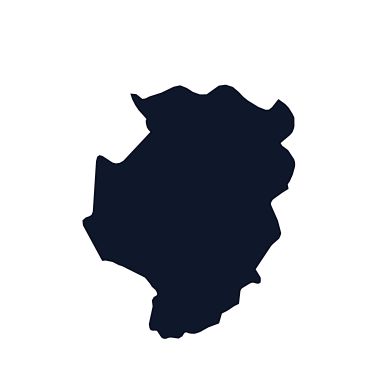 an SVG outline of Nord-Ouest, rotated 314°
{"feature_id": "CMR-1477", "entity_name": "Nord-Ouest", "entity_type": "Province", "adm_level": 1, "iso_a3": "CMR", "parent_name": "Cameroon", "parent_adm1": "", "projection": "albers", "projection_center": [10.325, 6.427], "detail": "fine", "context": "isolated", "style": "filled", "palette": "ink", "viewbox_px": 384, "rotation_deg": 314, "n_neighbors": 0, "source": "natural_earth", "source_scale": "10m", "svg_char_len": 1811}
<svg xmlns="http://www.w3.org/2000/svg" viewBox="0 0 384 384"><g transform="rotate(314 192 192)"><path d="M80.9,175.0L92.9,137.1L95.8,133.7L99.6,134.0L102.6,135.5L105.7,136.4L109.4,134.9L147.9,102.2L151.6,100.1L153.8,100.5L155.1,103.1L157.3,114.7L159.0,117.8L162.3,120.4L166.6,121.7L207.1,121.1L207.2,117.6L207.8,115.1L209.1,112.9L211.0,110.3L212.0,109.6L212.9,109.4L213.6,108.9L214.5,96.7L215.8,90.8L217.8,85.0L220.1,80.6L223.0,84.3L223.8,92.1L226.7,94.3L230.8,95.7L241.8,101.6L254.7,106.4L259.9,109.9L262.5,116.2L263.9,123.4L267.1,130.4L272.1,135.4L286.8,138.1L292.1,142.3L295.2,148.6L295.7,156.2L295.4,162.5L295.9,168.7L298.6,180.9L301.7,188.4L304.3,190.8L308.5,191.4L318.2,190.4L319.3,198.5L319.1,202.9L317.4,209.8L316.0,213.5L310.0,219.4L308.0,220.6L305.0,221.9L302.8,222.2L300.8,222.2L288.2,220.9L287.2,224.6L288.1,232.0L285.9,242.1L284.7,244.5L283.2,246.3L281.5,247.8L274.1,251.8L267.1,254.3L263.6,254.8L261.0,258.4L254.1,256.7L243.0,254.7L240.8,255.0L238.2,255.9L237.3,257.0L236.5,258.6L230.4,273.5L223.9,284.1L222.5,285.0L219.0,286.3L210.6,285.6L207.8,285.7L180.0,290.8L177.5,300.4L176.1,302.0L174.3,303.4L172.8,303.0L171.6,301.7L170.8,300.1L169.8,298.4L168.3,297.2L166.6,296.5L159.1,294.5L156.7,294.1L155.0,294.5L153.7,295.2L144.1,302.6L139.2,300.9L131.3,299.2L125.3,297.1L116.3,301.9L106.5,297.2L97.2,294.4L92.6,292.0L90.6,290.0L89.2,288.1L87.9,285.3L87.1,284.4L85.5,283.7L81.4,284.5L77.7,283.5L73.8,278.1L72.1,276.3L70.5,275.4L68.7,274.6L67.4,273.2L66.8,271.1L68.6,263.1L67.0,260.9L65.9,260.0L65.7,259.7L65.4,259.4L65.2,259.0L64.7,257.9L65.5,255.9L67.5,253.3L82.9,243.7L86.6,239.1L90.0,238.2L91.4,238.8L93.2,239.1L94.8,238.6L96.0,236.8L96.9,234.0L96.7,229.0L97.6,225.6L98.5,217.5L90.8,192.9L89.2,189.7L87.2,183.2L83.3,177.0L80.9,175.0Z" fill="#0f172a" stroke="#020617" stroke-width="1.5"/></g></svg>